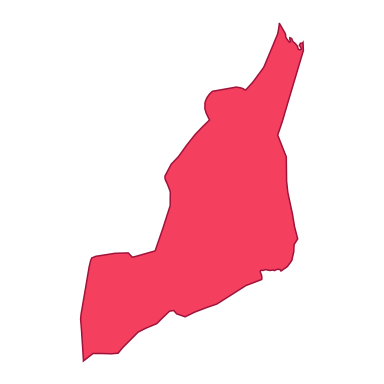 outline of Baruten, Kwara, Nigeria
{"feature_id": "59680162B46396512293260", "entity_name": "Baruten", "entity_type": "district", "adm_level": 2, "iso_a3": "NGA", "parent_name": "Nigeria", "parent_adm1": "Kwara", "projection": "orthographic", "projection_center": [3.396, 9.366], "detail": "fine", "context": "isolated", "style": "filled", "palette": "rose", "viewbox_px": 384, "rotation_deg": 0, "n_neighbors": 0, "source": "geoboundaries", "source_scale": "gbopen_adm2", "svg_char_len": 1785}
<svg xmlns="http://www.w3.org/2000/svg" viewBox="0 0 384 384"><path d="M83.4,361.0L89.5,356.2L93.1,353.5L95.1,353.5L101.3,353.5L111.3,353.8L118.1,353.2L120.4,350.4L122.7,347.6L123.9,346.4L136.1,334.1L138.0,332.2L145.8,328.2L156.8,323.6L162.7,317.7L169.5,311.2L173.7,310.5L176.6,313.8L185.1,316.8L194.5,312.2L195.0,312.0L206.5,307.6L216.9,304.0L222.8,300.2L223.5,299.8L245.8,285.6L261.7,279.5L261.9,278.1L261.6,275.3L260.5,272.6L260.2,271.3L260.7,270.4L263.3,270.4L265.3,269.6L269.8,270.5L273.1,270.0L274.4,270.6L277.2,269.3L280.0,269.5L281.0,271.0L287.1,266.8L290.4,262.5L291.9,260.2L292.5,257.3L293.8,251.7L293.8,250.5L294.1,244.5L297.7,238.9L294.5,226.5L292.6,214.8L287.8,192.3L286.6,181.1L286.3,156.9L277.7,135.1L282.5,120.9L286.7,106.5L303.4,50.5L303.0,42.4L302.4,43.2L300.4,43.2L299.4,45.3L300.4,46.7L301.1,48.3L301.1,49.2L300.2,49.8L298.4,49.4L297.8,47.8L297.6,46.4L296.5,45.0L295.6,43.9L294.7,43.0L293.2,41.9L292.2,40.0L291.6,38.5L289.9,37.7L289.8,39.4L290.2,40.5L290.3,41.9L289.0,41.9L285.8,37.4L285.6,34.8L285.2,33.4L284.5,32.2L279.2,23.0L279.3,24.2L278.3,30.8L277.5,34.4L273.8,43.2L273.8,43.3L264.9,64.6L264.1,66.5L263.5,67.6L262.9,68.5L252.9,82.1L245.8,89.9L244.9,89.8L243.1,88.7L240.9,87.9L237.1,87.2L235.6,87.1L234.5,87.4L212.4,91.3L209.5,94.1L207.0,97.6L205.4,101.2L204.9,103.4L205.0,104.8L204.9,105.9L204.9,108.7L206.2,113.2L209.5,120.0L202.8,126.5L195.3,134.3L188.8,142.5L186.9,144.9L178.4,156.7L171.2,164.2L165.0,176.0L165.0,178.5L165.7,180.7L167.2,183.6L168.8,187.7L170.0,190.9L170.3,192.1L170.2,197.7L170.2,205.6L162.6,229.2L155.1,250.9L136.1,256.3L132.4,257.2L128.2,252.9L115.0,253.3L95.8,256.3L91.7,258.0L90.6,260.8L89.2,266.6L87.0,279.4L85.6,287.8L81.1,313.9L80.6,319.2L81.5,330.1L83.4,359.5L83.4,361.0Z" fill="#f43f5e" stroke="#9f1239" stroke-width="1.5"/></svg>